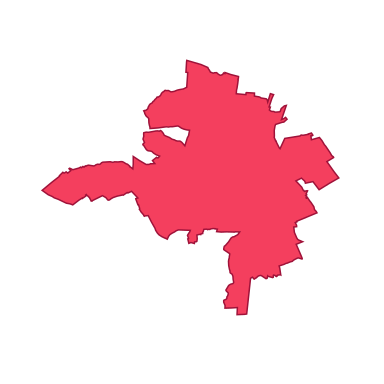 outline of Banca, Vaslui, Romania, rotated 169°
{"feature_id": "2599482B8370151294512", "entity_name": "Banca", "entity_type": "district", "adm_level": 2, "iso_a3": "ROU", "parent_name": "Romania", "parent_adm1": "Vaslui", "projection": "robinson", "projection_center": [27.822, 46.347], "detail": "fine", "context": "isolated", "style": "filled", "palette": "rose", "viewbox_px": 384, "rotation_deg": 169, "n_neighbors": 0, "source": "geoboundaries", "source_scale": "gbopen_adm2", "svg_char_len": 5949}
<svg xmlns="http://www.w3.org/2000/svg" viewBox="0 0 384 384"><g transform="rotate(169 192 192)"><path d="M223.9,280.9L223.4,279.2L223.4,277.8L223.0,277.0L222.8,275.9L222.2,274.8L221.0,273.4L220.5,272.2L221.1,268.1L221.1,265.7L220.9,264.0L221.1,262.3L213.2,261.4L204.7,260.9L202.5,260.2L201.1,260.3L198.5,259.8L193.8,259.6L192.7,259.2L190.2,256.7L187.9,255.2L185.1,253.9L182.6,253.1L184.6,248.0L186.2,246.1L190.2,238.7L192.4,242.5L193.6,243.9L194.2,244.3L196.6,244.8L198.1,245.5L199.1,246.4L201.6,247.7L203.6,249.7L207.7,252.4L208.5,253.2L209.0,255.1L210.3,257.6L211.3,258.4L212.5,257.9L213.8,258.5L215.8,258.8L223.3,258.9L225.6,259.5L228.0,259.4L228.4,258.3L228.7,256.0L230.0,253.3L229.2,249.6L231.0,248.4L231.2,247.7L230.6,247.1L228.8,242.5L227.9,241.3L227.1,240.8L224.9,240.1L223.6,239.4L222.3,237.5L220.2,235.5L216.9,233.4L218.6,232.0L219.7,232.2L220.2,232.8L224.8,230.4L223.1,227.0L226.7,227.5L227.1,227.7L228.1,227.4L229.2,227.3L231.8,227.8L237.8,233.1L242.9,238.1L244.4,230.4L245.7,226.0L247.1,227.7L248.3,228.7L248.1,229.1L250.0,231.6L251.1,232.1L253.6,234.4L254.7,235.1L255.9,235.4L258.8,235.6L262.3,236.4L264.0,236.2L266.5,237.3L273.8,238.3L275.2,238.0L276.8,236.9L277.8,236.8L279.2,237.3L281.0,237.1L282.2,236.5L283.4,236.3L288.5,238.1L290.0,238.0L291.2,237.6L291.7,238.0L293.3,237.0L294.2,237.9L295.9,237.0L296.5,237.7L298.5,237.1L304.7,236.6L306.9,238.3L307.7,238.7L308.3,238.3L306.9,236.1L310.4,234.3L311.7,235.8L313.5,235.0L314.5,235.3L315.0,236.0L319.1,233.3L319.1,232.7L328.3,228.0L338.8,222.2L333.6,216.7L330.1,214.3L328.4,212.6L324.6,210.3L317.5,205.0L313.9,203.6L311.5,202.1L304.5,205.6L300.9,207.0L300.8,206.6L297.4,208.1L296.7,208.5L297.0,209.3L296.2,209.7L295.9,208.9L294.8,207.6L293.7,205.9L292.9,203.1L292.5,202.7L292.6,202.3L291.7,202.2L291.6,202.5L280.6,205.5L277.7,203.0L277.1,202.1L276.4,200.6L276.0,200.1L275.2,199.9L274.4,200.0L272.8,200.8L270.5,201.6L266.2,202.2L260.5,202.3L260.1,202.0L255.9,203.8L255.7,203.5L255.1,203.6L254.9,203.3L251.2,204.2L246.3,196.5L248.5,196.2L248.5,195.7L247.5,189.7L247.0,189.7L246.5,185.9L247.0,185.0L246.5,184.1L245.8,182.1L243.9,178.8L243.8,177.9L243.4,177.3L242.7,177.5L239.5,177.2L237.6,170.5L235.2,163.3L235.0,161.4L233.8,158.3L232.6,156.3L230.1,153.9L227.0,151.6L226.5,151.6L226.2,151.1L225.3,150.4L223.4,153.0L221.8,154.4L219.3,155.4L216.8,156.1L214.8,157.0L212.5,157.4L201.0,154.7L201.8,153.4L204.2,150.9L204.7,150.2L204.2,147.4L204.3,147.0L205.1,146.8L204.9,142.2L202.7,142.6L199.5,141.0L199.0,142.5L198.4,142.5L197.0,142.4L196.6,142.7L195.8,145.1L195.4,148.8L192.9,149.0L191.5,148.5L191.1,149.2L189.4,149.2L189.1,150.4L188.1,151.7L187.9,152.5L187.5,153.1L185.0,152.8L184.0,152.4L183.9,152.1L182.4,152.2L181.7,151.8L180.7,152.2L178.2,152.1L176.3,151.6L176.4,151.4L174.2,150.7L175.4,148.4L171.0,147.1L165.7,146.3L157.6,144.5L157.1,144.7L152.8,143.7L155.2,141.4L159.2,140.1L160.8,140.1L162.5,139.3L165.6,136.1L169.3,133.2L170.7,132.5L171.7,130.2L171.8,129.4L171.3,128.8L166.8,124.3L166.8,123.8L167.8,121.2L168.1,119.8L168.6,119.3L169.4,117.0L170.0,112.8L170.0,108.8L169.8,107.4L170.0,105.9L169.9,105.3L168.3,103.6L167.9,101.4L168.3,98.3L168.3,95.4L168.9,94.6L169.3,94.3L171.8,94.1L173.8,93.3L177.4,89.3L177.4,88.8L177.2,88.2L175.7,86.0L175.9,85.0L176.8,83.3L177.8,82.3L178.1,81.0L178.4,80.6L179.3,80.1L181.3,79.7L181.6,79.4L181.9,77.8L181.2,74.2L181.8,71.7L175.7,70.7L169.5,69.9L171.2,63.0L163.9,61.9L161.6,61.8L151.0,96.1L149.0,96.9L148.8,96.8L147.9,94.9L147.4,94.6L146.3,95.2L145.4,95.4L143.3,96.7L142.4,97.0L140.5,97.0L139.8,96.6L135.9,92.8L134.8,92.9L133.7,95.2L133.4,94.7L129.2,92.6L128.5,92.8L128.0,94.8L127.8,94.9L126.5,94.3L125.7,93.2L125.2,92.9L124.6,93.1L124.4,93.8L124.0,94.0L121.1,93.9L120.7,93.6L120.4,100.5L120.6,102.8L115.5,103.4L113.3,104.0L112.0,104.0L109.2,104.6L106.7,104.8L105.6,105.6L103.6,106.3L101.1,107.0L100.1,107.0L96.8,105.2L96.6,105.3L96.5,105.9L97.1,108.9L99.7,120.8L92.9,122.1L96.6,124.6L97.3,125.4L97.9,126.8L99.2,132.8L98.8,138.2L95.9,138.0L95.7,139.4L96.5,142.3L94.7,142.7L94.8,143.3L73.3,147.7L73.8,149.3L75.1,151.3L75.2,154.3L77.3,159.3L77.8,160.1L79.6,164.1L80.9,164.0L81.1,164.5L79.9,164.9L81.1,166.8L79.9,167.3L80.0,167.9L80.4,168.4L78.3,171.1L78.6,171.3L80.6,171.3L81.2,171.0L81.7,171.4L81.9,172.2L82.4,172.4L82.6,172.9L83.3,175.7L87.9,183.1L81.9,184.7L79.5,181.5L79.1,180.4L79.0,179.0L71.3,179.1L66.8,170.0L56.0,174.1L45.2,177.8L48.7,184.8L53.8,196.1L46.4,198.8L46.5,199.5L47.9,201.1L48.9,204.1L52.0,211.4L53.0,213.1L54.6,217.6L56.5,221.2L64.8,220.5L64.6,224.4L63.3,224.3L62.5,224.7L63.5,227.1L66.8,226.8L66.8,226.4L72.2,226.5L74.0,227.1L75.3,226.4L90.7,226.9L97.3,217.7L97.9,218.6L99.6,224.6L99.7,225.7L100.0,225.8L100.2,226.3L100.0,226.6L100.4,227.4L100.9,230.1L100.5,230.9L99.5,236.8L97.9,241.0L97.3,242.0L96.9,242.4L90.2,243.2L88.5,243.1L84.8,245.3L85.9,247.4L87.9,246.5L90.3,246.0L82.9,259.0L84.9,258.9L88.5,256.9L90.1,254.2L90.7,254.0L94.5,254.4L95.7,254.8L96.3,255.4L98.4,255.9L99.5,256.7L100.4,257.7L98.9,260.4L100.1,260.8L95.8,268.5L93.3,272.0L96.3,273.6L100.5,265.8L100.6,268.2L101.3,269.3L106.2,271.1L107.2,272.1L108.3,272.7L112.4,274.2L111.8,277.2L119.7,279.2L120.1,278.9L120.5,277.3L129.8,280.0L128.8,283.7L128.1,285.1L126.4,289.8L125.2,293.5L125.4,293.9L124.7,295.0L124.3,296.5L131.7,300.0L136.8,303.0L137.2,302.0L138.3,302.8L139.5,301.5L141.5,301.1L142.1,301.3L143.7,302.6L144.4,303.7L145.2,304.5L147.2,304.8L148.4,304.6L149.2,305.0L150.3,305.8L151.0,306.0L151.7,308.3L152.3,309.4L152.7,311.2L158.8,315.4L172.0,322.2L172.5,320.8L175.1,310.7L173.4,310.1L177.2,295.8L180.8,294.8L184.6,294.9L187.1,294.8L190.1,294.2L192.7,294.2L193.7,294.4L195.7,296.1L198.2,296.5L198.8,296.9L199.5,296.8L200.2,296.2L201.3,295.7L201.7,295.7L203.2,294.6L203.9,293.5L204.8,292.6L207.0,291.6L208.0,291.9L208.4,291.7L209.1,290.8L210.7,289.9L212.1,288.6L213.0,288.3L214.1,287.1L216.2,286.4L217.4,285.4L218.3,284.2L218.8,283.7L219.4,282.3L220.0,281.8L221.9,280.9L222.9,281.1L223.9,280.9Z" fill="#f43f5e" stroke="#9f1239" stroke-width="1.5"/></g></svg>